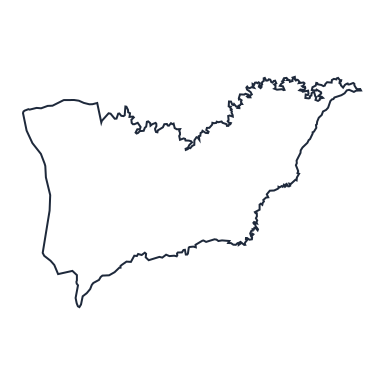 Pedro Gomes, Mato Grosso do Sul, Brazil
{"feature_id": "56859067B1353449899001", "entity_name": "Pedro Gomes", "entity_type": "district", "adm_level": 2, "iso_a3": "BRA", "parent_name": "Brazil", "parent_adm1": "Mato Grosso do Sul", "projection": "orthographic", "projection_center": [-54.213, -17.957], "detail": "fine", "context": "isolated", "style": "outline", "palette": "slate", "viewbox_px": 384, "rotation_deg": 0, "n_neighbors": 0, "source": "geoboundaries", "source_scale": "gbopen_adm2", "svg_char_len": 5920}
<svg xmlns="http://www.w3.org/2000/svg" viewBox="0 0 384 384"><path d="M296.9,177.5L299.1,173.7L297.5,173.1L298.2,171.1L295.9,165.2L296.8,163.2L296.6,160.6L300.5,152.9L300.7,150.4L302.5,147.5L307.4,142.8L308.7,140.1L310.0,139.1L312.7,133.5L312.6,132.3L313.9,131.7L316.3,127.8L316.0,125.0L316.8,124.3L317.2,121.5L318.8,117.7L321.7,115.0L323.0,111.5L326.1,109.9L328.1,107.7L330.4,101.0L332.1,99.3L333.4,99.1L334.4,97.5L341.4,95.2L344.6,93.3L346.8,90.4L349.1,89.8L353.9,91.9L356.2,90.6L361.0,90.5L360.2,89.0L357.5,89.2L356.2,88.3L354.4,85.4L354.3,83.7L353.2,83.0L349.6,84.4L348.3,84.5L347.7,83.5L346.5,83.9L344.9,84.9L343.1,87.6L341.0,85.4L340.6,83.9L339.5,83.2L339.6,82.0L340.9,81.5L341.2,80.2L339.8,80.1L338.1,77.9L336.7,78.4L336.4,79.4L333.9,78.9L331.9,80.0L331.6,82.6L327.1,82.2L325.3,84.1L324.8,85.6L323.4,86.1L321.4,85.0L317.8,84.3L317.3,83.1L316.3,82.9L315.7,85.6L312.5,87.2L311.8,90.0L316.0,90.6L316.5,89.6L321.1,92.3L321.2,93.5L318.4,96.0L321.8,96.8L323.0,97.9L319.8,98.5L319.8,99.7L318.0,100.9L315.5,99.9L316.3,97.4L315.4,96.6L314.2,92.4L312.7,92.3L311.6,93.2L311.4,95.5L309.9,96.2L309.9,97.8L308.9,98.4L305.4,98.0L305.7,94.5L307.9,95.0L308.5,93.7L308.1,90.7L302.7,91.7L302.0,90.9L299.5,90.3L300.4,89.5L304.1,90.1L304.8,89.2L305.3,88.1L305.0,86.9L303.3,87.3L302.1,86.2L303.3,85.8L304.5,83.3L303.6,82.5L298.8,83.1L299.5,81.8L297.8,79.9L296.7,79.7L295.9,80.5L295.0,79.5L294.8,76.9L292.6,77.6L293.2,78.6L292.3,79.9L292.5,81.0L289.9,81.8L289.6,80.1L287.1,80.0L287.6,79.1L286.5,77.9L284.0,78.2L283.3,79.4L284.1,80.2L282.2,81.3L283.3,82.4L281.2,83.8L279.9,85.8L282.9,86.3L284.5,89.9L283.6,90.1L281.9,89.2L277.0,89.7L274.4,88.7L275.4,88.1L275.5,85.7L274.2,84.5L276.3,83.4L275.1,80.7L273.7,81.0L272.5,82.6L271.3,82.1L270.3,79.7L268.8,79.3L267.7,80.5L266.2,80.6L264.8,77.9L263.7,78.3L263.8,80.9L262.3,82.0L261.8,83.2L262.2,84.5L260.9,85.8L261.6,86.9L260.6,88.1L258.8,86.7L259.9,83.2L258.6,82.3L257.4,83.2L256.3,82.5L255.0,82.7L254.2,84.7L252.6,83.9L252.7,85.7L254.1,87.8L251.6,87.2L249.6,88.2L247.9,87.6L247.2,86.6L246.4,87.5L247.0,89.5L250.6,92.1L251.8,94.4L249.9,95.7L250.4,97.3L247.9,97.3L247.1,96.5L248.1,96.1L248.4,94.7L245.4,93.8L244.3,94.6L240.0,94.4L238.8,98.4L239.0,99.5L240.0,99.2L241.6,100.3L240.9,101.9L242.1,104.0L240.8,104.0L240.2,105.1L238.7,105.7L239.1,106.9L236.3,106.7L234.0,104.0L233.4,105.0L232.3,104.7L231.0,101.6L229.0,101.5L228.7,106.3L230.6,106.8L230.0,107.5L231.6,109.3L230.7,110.0L231.9,111.3L231.5,112.6L232.7,115.2L232.8,116.6L229.7,115.5L228.2,116.0L228.6,120.0L227.7,121.2L228.9,122.6L230.9,123.1L230.3,124.3L229.1,124.5L228.4,125.9L226.9,125.9L226.6,124.2L222.5,122.8L221.6,121.5L218.5,122.2L216.7,121.7L216.3,122.9L214.2,123.2L212.4,122.8L212.2,124.6L209.4,127.8L206.9,127.9L206.3,130.0L208.6,131.8L208.0,133.1L205.7,132.9L202.5,130.8L202.0,132.2L200.6,133.0L200.3,135.8L198.9,136.1L199.3,139.8L197.6,137.4L196.5,137.2L194.4,140.3L194.3,144.9L192.2,145.9L190.3,148.2L187.9,147.8L189.4,144.9L192.0,142.4L191.2,141.3L188.9,140.6L185.5,140.5L185.1,138.9L183.7,138.4L180.0,139.8L179.2,136.0L180.0,134.5L179.9,132.4L179.2,130.9L180.1,129.1L176.9,129.3L174.7,128.1L173.6,123.6L172.3,124.2L171.0,123.2L168.9,125.7L167.7,125.5L166.9,124.0L164.3,124.2L162.9,127.3L157.8,130.4L157.4,132.3L156.0,132.0L155.2,129.8L155.1,128.6L156.4,126.2L156.3,123.8L155.6,122.9L152.3,124.2L150.5,125.7L150.2,123.2L148.2,121.4L146.9,121.8L146.2,126.6L144.8,127.8L143.7,130.8L139.8,131.1L138.1,132.9L136.6,133.5L135.6,132.6L137.3,129.3L139.9,129.2L140.6,127.0L137.7,122.8L134.4,124.2L132.9,124.2L131.7,122.9L131.4,119.8L133.8,117.4L133.0,116.6L129.5,116.9L130.0,113.2L128.2,112.3L128.0,109.9L126.4,106.7L125.4,106.5L124.7,115.3L123.5,116.1L121.3,115.8L119.4,113.5L118.2,113.7L116.5,118.6L114.7,118.7L110.6,113.7L108.6,113.3L101.8,120.9L101.3,122.5L97.2,103.0L92.5,104.2L89.4,104.3L83.8,102.9L78.8,100.7L74.1,100.0L63.7,100.1L52.5,105.7L47.7,105.9L41.1,108.3L36.6,107.9L29.7,109.6L28.4,109.2L24.7,110.6L23.5,111.5L23.0,113.1L26.6,130.6L32.4,143.1L40.9,153.9L44.6,163.6L45.3,166.0L45.9,177.4L50.2,195.1L49.6,210.6L42.7,252.9L44.2,255.8L50.6,260.8L54.3,265.0L58.1,274.1L72.4,270.9L76.9,275.1L76.9,280.4L76.4,281.9L76.7,283.6L78.0,285.3L75.6,298.0L76.7,303.3L77.9,306.3L79.4,307.1L81.0,304.5L82.7,296.3L86.8,293.1L90.2,289.0L91.8,284.9L93.3,283.0L99.0,279.9L100.7,277.0L102.4,275.6L109.1,275.3L114.6,272.2L119.3,267.7L120.5,267.7L120.5,266.0L121.5,265.1L126.5,261.6L130.9,261.9L134.3,255.7L136.9,256.0L138.1,254.0L141.7,255.0L144.8,252.7L146.1,253.8L145.7,257.3L148.7,260.2L159.4,256.9L162.3,257.6L166.1,254.7L169.4,256.1L174.2,255.7L176.7,256.3L177.3,255.3L177.0,253.5L177.8,252.5L181.9,252.4L183.5,250.0L184.9,249.8L185.8,254.5L187.2,254.5L187.9,253.6L188.8,247.5L189.6,247.0L193.3,246.6L195.8,247.3L195.5,244.8L202.4,240.7L203.5,240.5L206.1,241.9L214.5,239.3L216.5,239.6L218.4,241.0L222.0,240.4L229.4,241.0L228.2,243.0L231.0,243.1L233.3,244.7L235.8,244.8L237.6,243.1L238.7,243.1L238.7,244.9L240.4,243.7L239.6,242.4L240.5,241.9L244.2,244.9L245.2,244.8L244.7,243.7L245.2,242.4L247.0,240.2L245.9,239.3L246.0,238.0L247.0,238.0L249.5,239.7L251.9,239.3L252.1,237.5L251.3,236.6L253.4,234.3L252.4,233.7L251.9,234.7L250.7,235.0L250.2,233.4L251.4,230.8L252.7,230.6L252.6,229.2L253.8,229.5L254.3,227.9L255.7,228.1L257.6,230.3L258.0,229.3L255.4,225.9L255.4,224.3L254.0,223.9L253.4,222.9L254.1,222.0L256.9,223.3L256.4,222.0L257.2,220.5L255.9,218.2L256.9,216.4L256.8,213.3L255.6,213.2L254.9,212.1L259.6,209.7L259.6,204.6L260.8,203.7L262.3,204.8L262.8,202.7L263.9,201.5L263.3,200.0L266.0,197.6L268.2,197.3L266.8,194.3L269.8,190.7L274.1,190.5L277.8,188.8L278.5,188.1L278.5,186.8L279.7,187.3L281.7,186.1L282.7,186.8L283.8,184.9L285.0,186.8L285.8,186.2L285.7,184.5L286.6,183.9L288.1,186.3L289.2,186.3L290.2,185.7L289.4,183.7L290.8,184.0L295.5,179.7L296.6,180.3L296.9,177.5ZM187.9,147.8L187.8,149.1L185.8,149.9L185.6,148.8L187.9,147.8ZM239.1,106.9L239.3,108.1L238.0,108.0L239.1,106.9Z" fill="none" stroke="#1e293b" stroke-width="2"/></svg>